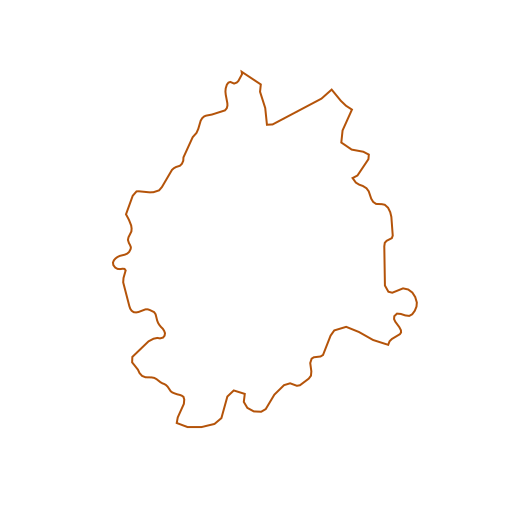 Lot-et-Garonne, Mercator projection, rotated 141°
{"feature_id": "FRA-5319", "entity_name": "Lot-et-Garonne", "entity_type": "Metropolitan department", "adm_level": 1, "iso_a3": "FRA", "parent_name": "France", "parent_adm1": "", "projection": "mercator", "projection_center": [0.533, 44.365], "detail": "fine", "context": "isolated", "style": "outline", "palette": "amber", "viewbox_px": 512, "rotation_deg": 141, "n_neighbors": 0, "source": "natural_earth", "source_scale": "10m", "svg_char_len": 2657}
<svg xmlns="http://www.w3.org/2000/svg" viewBox="0 0 512 512"><g transform="rotate(141 256 256)"><path d="M92.5,337.7L92.4,323.1L91.5,316.1L89.3,309.4L109.7,299.1L118.3,290.5L114.7,278.5L107.0,269.5L104.5,263.8L107.7,260.5L126.5,254.7L131.9,255.8L132.2,250.2L130.9,246.5L128.9,243.2L127.5,239.1L127.7,235.3L130.4,228.0L130.9,224.3L129.9,220.9L125.6,217.1L123.7,214.8L123.0,210.4L124.1,205.6L126.2,201.2L136.9,185.8L139.2,184.4L144.9,185.6L147.6,185.2L150.2,182.8L174.4,151.9L175.6,144.9L173.2,141.7L162.1,138.3L158.8,134.2L157.5,129.2L158.1,123.9L160.3,118.6L163.1,115.7L167.1,113.5L171.3,112.4L174.6,113.0L177.4,115.9L179.9,119.8L182.7,122.5L186.4,122.2L188.4,120.1L189.1,117.3L189.4,110.5L190.1,107.1L191.4,105.3L193.4,104.7L202.6,106.0L205.8,105.7L209.2,103.8L217.9,117.1L223.8,132.1L230.5,144.2L242.0,148.9L248.1,147.2L266.2,136.9L269.1,137.3L274.8,140.9L277.4,141.2L281.2,138.7L285.6,131.5L288.6,128.4L292.2,127.5L303.2,127.9L305.9,129.4L309.6,135.6L315.5,138.0L329.0,136.7L344.8,130.9L350.0,131.7L355.5,136.6L358.3,143.4L357.3,150.3L351.5,155.9L357.9,165.5L366.7,164.8L384.9,151.8L393.9,151.6L406.1,157.4L416.9,166.2L422.7,176.1L418.4,179.8L405.1,186.5L402.1,189.6L401.0,192.2L401.6,194.2L402.5,195.8L404.2,198.0L405.7,200.4L406.9,202.6L407.4,204.5L406.9,210.1L407.2,212.5L407.9,214.3L408.9,216.0L409.7,218.1L410.8,222.9L411.8,225.3L413.6,227.4L418.2,231.3L420.0,234.5L420.2,238.3L419.3,241.9L419.2,251.2L419.2,251.3L415.6,255.4L393.2,257.3L387.7,256.2L384.2,254.4L382.5,252.4L379.6,251.1L377.2,251.6L375.3,253.3L374.5,255.6L374.2,258.2L374.5,260.7L374.5,263.2L374.2,265.6L373.4,268.1L370.7,273.9L370.5,276.5L372.5,280.8L373.7,282.7L375.5,284.1L382.5,286.4L384.7,287.6L386.4,289.3L387.1,291.7L386.9,294.2L386.0,296.7L375.8,319.1L372.8,322.3L366.4,326.8L366.3,328.7L367.6,330.0L369.8,331.3L371.7,333.1L372.7,335.6L372.6,338.7L371.3,340.9L369.1,342.1L366.7,342.5L364.3,342.4L361.8,341.8L357.1,339.6L354.6,338.9L352.0,339.0L348.9,340.4L347.7,341.6L347.0,343.8L346.6,346.1L345.4,349.1L343.3,350.8L337.4,353.5L335.4,355.6L333.8,358.3L332.1,363.7L331.6,365.9L330.8,370.2L313.9,380.4L308.2,381.4L306.3,380.0L298.5,372.3L295.5,370.1L290.0,368.0L285.7,368.8L267.1,375.8L264.6,375.9L262.2,375.5L258.3,374.0L255.5,374.3L252.6,375.8L250.3,378.3L230.4,388.2L224.8,389.1L220.9,391.1L213.8,396.0L211.0,397.0L208.4,397.1L206.5,396.5L201.3,393.7L188.5,388.7L185.8,389.2L183.6,390.8L182.1,392.8L178.0,400.4L176.3,403.0L174.1,405.3L170.8,407.5L168.3,408.1L166.4,407.4L164.5,403.8L161.8,402.9L159.6,403.1L152.4,406.1L151.2,408.2L144.3,386.3L149.5,381.1L155.7,365.2L164.9,351.1L160.3,347.8L106.1,337.1L92.5,337.7Z" fill="none" stroke="#b45309" stroke-width="2"/></g></svg>